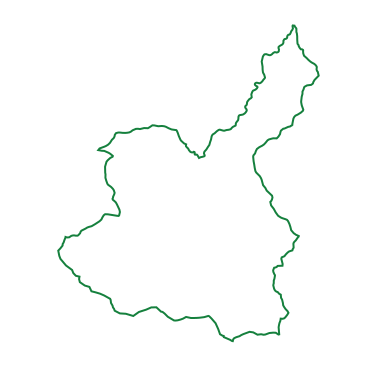 Doban, Geylegphug, Bhutan, rotated 263°
{"feature_id": "84629894B43838221922230", "entity_name": "Doban", "entity_type": "district", "adm_level": 2, "iso_a3": "BTN", "parent_name": "Bhutan", "parent_adm1": "Geylegphug", "projection": "robinson", "projection_center": [90.384, 27.056], "detail": "fine", "context": "isolated", "style": "outline", "palette": "green", "viewbox_px": 384, "rotation_deg": 263, "n_neighbors": 0, "source": "geoboundaries", "source_scale": "gbopen_adm2", "svg_char_len": 6028}
<svg xmlns="http://www.w3.org/2000/svg" viewBox="0 0 384 384"><g transform="rotate(263 192 192)"><path d="M292.0,331.9L295.9,331.5L296.9,330.9L298.1,330.6L298.6,330.6L300.9,331.1L302.0,330.7L303.0,330.1L304.3,328.9L306.0,326.5L307.2,325.2L309.0,323.6L310.9,322.2L313.6,319.8L316.1,319.3L318.2,319.4L319.0,319.6L319.5,319.5L320.2,318.6L320.4,317.4L322.2,316.3L323.8,315.7L324.7,315.7L325.5,315.2L326.3,314.8L330.3,315.0L333.8,315.4L336.7,315.4L338.1,315.1L341.3,315.5L341.8,315.4L342.9,314.7L344.0,314.1L344.6,314.0L344.8,313.4L344.9,312.7L345.0,312.3L344.5,312.0L342.1,312.1L340.8,311.4L339.5,310.1L337.9,309.3L336.6,308.4L336.3,307.5L336.3,306.8L335.7,306.0L334.9,305.5L333.8,305.3L333.0,304.8L332.6,303.9L332.5,302.6L332.2,302.1L331.0,301.2L329.0,300.9L328.0,300.3L327.3,299.4L326.3,296.9L325.5,295.7L324.5,295.4L322.8,295.7L321.0,295.2L320.6,294.8L320.3,294.2L320.1,293.1L320.5,292.1L320.7,291.0L320.0,289.4L319.1,288.3L318.6,287.4L318.3,286.5L318.3,285.8L318.6,284.9L319.8,282.4L319.8,280.9L319.6,280.4L317.9,278.9L313.0,277.1L307.9,277.3L304.8,277.0L302.2,277.0L300.8,277.4L299.9,277.9L296.8,278.4L296.4,278.3L295.5,277.5L294.9,276.7L293.2,275.2L292.0,273.5L291.7,272.5L291.7,272.0L292.5,269.9L292.6,269.5L292.5,268.7L292.0,267.8L291.4,267.5L290.6,267.6L289.6,268.4L288.7,269.7L288.0,269.8L287.0,269.1L286.0,267.7L285.5,266.4L285.3,265.3L284.9,264.7L284.0,264.0L281.7,262.8L278.7,262.8L277.9,261.9L277.1,260.1L275.0,258.0L274.3,257.6L273.4,257.4L272.0,257.0L271.5,256.5L270.7,255.4L269.9,255.1L269.3,255.2L268.5,255.5L267.4,256.2L266.4,256.3L265.7,256.0L264.7,255.2L263.7,254.1L262.8,252.4L262.6,251.4L262.5,248.9L262.1,247.9L261.0,247.3L258.8,246.9L257.7,246.5L255.5,244.3L254.5,243.8L253.2,243.6L252.6,243.3L251.8,240.9L251.5,240.3L250.8,239.3L249.8,238.3L249.5,237.5L249.3,235.9L249.3,233.8L248.9,231.6L249.1,230.5L250.4,227.4L250.5,226.8L250.3,225.9L249.2,223.9L247.5,221.6L246.8,220.0L246.2,219.2L244.9,218.3L241.8,217.3L239.4,216.1L236.5,214.9L235.0,213.5L232.4,211.4L230.6,209.3L229.1,208.6L228.7,208.6L227.0,209.0L226.4,209.0L225.9,208.3L225.6,206.2L225.5,204.9L224.9,203.1L227.4,202.1L228.4,201.5L228.6,201.0L228.7,199.6L229.1,199.3L230.7,199.5L231.4,199.3L231.7,198.6L231.2,197.9L231.4,196.4L232.0,195.3L234.0,194.0L235.6,193.5L237.0,192.3L238.2,191.6L238.8,191.6L240.0,192.0L241.2,190.0L244.3,187.4L245.3,186.9L249.3,185.7L252.3,185.1L254.6,184.4L255.3,184.0L256.6,179.3L258.2,176.5L260.0,173.9L260.7,172.3L261.2,170.1L261.4,166.5L262.7,162.7L263.0,160.8L261.4,157.7L260.7,156.0L261.3,152.3L260.8,148.0L261.3,146.2L261.5,144.1L260.5,140.6L259.3,138.6L258.8,137.0L258.7,134.9L258.8,132.8L259.2,130.2L259.8,127.7L260.0,126.0L259.7,123.8L258.2,122.4L256.4,121.8L255.0,120.8L253.6,118.9L250.8,116.6L249.2,114.5L248.2,112.3L247.7,110.7L246.5,105.6L245.0,104.1L243.9,107.6L243.5,109.9L241.1,114.0L239.9,115.5L237.5,117.8L236.8,117.6L236.4,116.8L235.8,115.1L234.5,113.2L233.7,112.1L232.4,110.8L227.7,108.8L221.7,108.2L220.1,108.3L216.6,107.8L213.6,108.3L210.5,109.0L209.4,109.6L206.9,112.3L204.9,113.8L203.3,114.6L200.6,115.1L199.2,114.5L196.9,113.1L195.9,112.9L195.0,112.3L194.2,112.4L193.7,112.7L192.7,113.7L191.0,115.1L188.8,116.0L183.3,117.8L180.9,118.0L177.6,116.8L177.2,116.2L177.5,114.8L180.1,105.8L180.5,103.3L180.4,102.7L179.6,101.5L177.6,99.9L175.7,98.7L174.2,96.6L171.9,91.9L170.3,88.2L169.9,85.4L169.5,83.7L168.7,82.0L167.1,77.6L166.3,76.7L164.7,75.9L162.9,73.8L162.6,73.0L162.8,71.4L163.3,69.8L163.4,68.5L163.2,66.9L162.0,64.6L162.1,62.4L162.8,61.0L162.1,60.8L160.0,59.6L157.5,58.4L156.1,57.3L154.6,57.0L152.1,54.5L150.1,52.1L144.8,52.5L141.6,53.3L134.4,58.0L129.2,63.5L126.0,64.3L123.0,66.5L121.7,70.0L119.3,69.3L116.2,69.7L112.2,74.2L110.3,78.6L105.7,80.1L104.1,84.2L102.3,88.3L100.0,92.2L97.0,96.3L96.0,97.7L94.8,98.1L91.7,98.1L88.9,99.3L87.1,99.5L85.5,100.4L83.6,100.8L80.3,105.6L79.2,111.5L76.1,118.6L79.4,124.7L80.8,132.1L82.4,137.5L81.9,142.6L77.0,146.7L76.6,148.1L74.7,150.0L71.1,152.8L66.7,158.5L66.4,160.1L66.4,162.2L66.8,165.1L67.4,167.7L68.7,170.9L67.1,175.5L66.9,176.8L66.5,180.7L66.3,184.0L66.3,188.8L67.0,193.1L66.6,193.9L64.1,195.9L58.9,199.4L52.8,201.3L47.4,202.5L45.5,205.0L45.3,205.9L44.1,205.9L40.7,211.7L39.2,213.6L39.0,214.3L40.7,214.9L41.8,216.1L42.5,218.3L43.1,221.6L44.0,223.5L44.7,225.7L46.2,232.1L45.2,235.7L42.4,239.6L42.4,243.3L41.6,245.6L41.6,247.4L42.6,251.6L42.5,255.4L42.1,258.0L40.0,260.4L40.1,261.2L47.2,261.5L49.2,262.1L51.2,262.8L53.4,264.0L55.5,264.6L55.1,266.4L55.4,268.2L56.4,269.5L58.5,271.6L60.3,273.0L62.1,272.3L64.4,270.6L66.5,269.5L68.4,268.7L70.8,268.7L74.2,268.3L76.1,267.5L79.3,267.6L80.4,266.1L82.3,264.8L82.7,263.8L83.6,262.8L84.8,262.1L86.1,261.7L89.3,261.3L90.5,261.6L91.4,262.0L94.2,262.4L95.8,263.2L98.7,264.1L99.3,264.2L100.4,263.7L102.8,263.0L104.4,263.0L106.8,264.3L106.9,265.4L107.2,266.8L108.2,268.0L107.8,272.8L109.5,273.2L114.8,272.5L116.2,273.1L117.0,275.9L118.7,277.6L120.3,279.6L121.2,281.2L121.8,284.5L123.0,285.0L123.8,285.7L124.5,286.1L127.9,286.3L128.8,286.5L130.0,287.4L131.3,289.1L134.0,291.5L134.7,292.4L135.3,292.6L137.0,289.8L138.1,288.7L138.6,288.0L142.0,285.8L145.3,285.4L148.4,284.8L151.4,283.8L152.8,282.9L153.6,281.5L155.0,278.5L155.8,277.1L157.9,274.6L161.5,272.6L165.3,271.1L169.0,268.9L172.6,268.5L173.5,269.6L174.9,270.5L176.7,271.2L178.6,271.0L184.3,266.3L187.1,265.3L190.1,263.4L195.8,262.6L197.5,262.1L199.5,261.2L203.5,258.1L205.0,257.5L208.2,257.2L211.6,257.1L215.0,256.9L219.5,257.0L220.8,257.4L222.6,259.3L224.9,260.4L226.8,261.7L228.3,264.3L229.4,267.3L230.4,269.2L231.7,270.8L234.1,273.3L234.8,274.8L235.2,277.4L235.4,279.2L234.9,282.6L236.4,284.5L238.7,286.4L241.0,287.2L242.1,287.8L243.7,290.3L243.7,291.5L244.9,295.3L245.1,297.4L245.6,298.2L245.8,299.0L246.4,299.8L247.0,299.8L252.5,301.6L254.0,302.6L255.2,304.0L255.9,306.2L257.5,309.7L259.1,312.0L260.1,312.5L264.6,311.5L267.5,311.3L268.7,311.4L273.2,312.5L275.9,313.6L278.2,313.9L280.2,315.2L282.3,316.1L282.8,316.7L283.8,319.2L283.8,323.3L284.4,324.4L285.0,325.3L286.3,325.8L288.3,327.3L292.0,331.9Z" fill="none" stroke="#15803d" stroke-width="2"/></g></svg>